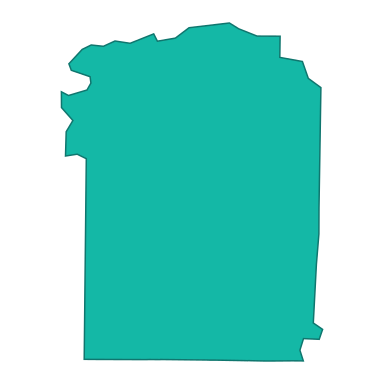 outline of Wayne, Tennessee, United States of America
{"feature_id": "52423323B60565520400225", "entity_name": "Wayne", "entity_type": "district", "adm_level": 2, "iso_a3": "USA", "parent_name": "United States of America", "parent_adm1": "Tennessee", "projection": "robinson", "projection_center": [-87.803, 35.248], "detail": "fine", "context": "isolated", "style": "filled", "palette": "teal", "viewbox_px": 384, "rotation_deg": 0, "n_neighbors": 0, "source": "geoboundaries", "source_scale": "gbopen_adm2", "svg_char_len": 786}
<svg xmlns="http://www.w3.org/2000/svg" viewBox="0 0 384 384"><path d="M320.9,87.6L308.3,78.4L302.4,61.5L279.8,57.4L280.1,36.2L257.1,36.1L238.7,28.8L229.4,23.0L189.1,27.7L175.4,38.1L157.4,41.2L153.7,33.9L130.1,43.3L115.0,41.0L103.4,46.3L91.2,45.0L82.2,49.4L68.9,63.8L71.3,70.3L90.1,76.7L90.9,83.1L87.0,90.0L68.5,95.5L61.4,91.8L61.5,107.6L72.9,120.5L66.2,131.7L65.5,156.0L77.2,154.2L86.3,158.7L84.2,359.3L90.8,359.4L117.7,359.5L146.1,359.6L149.2,359.5L160.2,359.6L160.3,359.5L161.2,359.5L206.5,360.0L209.9,360.1L215.0,360.1L243.5,360.6L247.7,360.7L248.7,360.6L250.8,360.7L265.5,361.0L269.8,361.0L292.4,360.8L303.3,360.9L299.9,350.2L303.5,338.6L319.2,339.3L322.6,329.4L313.3,323.0L316.4,264.3L318.9,234.0L319.0,207.6L320.9,87.6Z" fill="#14b8a6" stroke="#0f766e" stroke-width="1.5"/></svg>